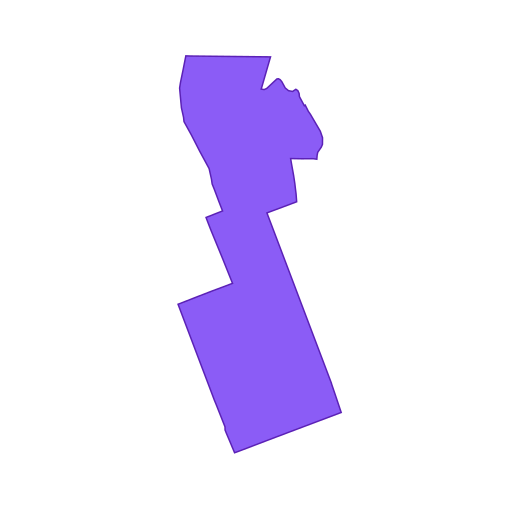 Poroschia, Teleorman, Romania (Albers equal-area conic projection), rotated 289°
{"feature_id": "2599482B54439114477168", "entity_name": "Poroschia", "entity_type": "district", "adm_level": 2, "iso_a3": "ROU", "parent_name": "Romania", "parent_adm1": "Teleorman", "projection": "albers", "projection_center": [25.313, 43.915], "detail": "fine", "context": "isolated", "style": "filled", "palette": "violet", "viewbox_px": 512, "rotation_deg": 289, "n_neighbors": 0, "source": "geoboundaries", "source_scale": "gbopen_adm2", "svg_char_len": 1178}
<svg xmlns="http://www.w3.org/2000/svg" viewBox="0 0 512 512"><g transform="rotate(289 256 256)"><path d="M159.5,369.2L160.3,368.7L300.3,252.3L320.5,276.8L327.7,273.7L332.8,271.2L337.0,269.2L344.3,265.4L353.6,260.2L359.4,257.0L362.8,267.5L365.6,275.5L366.6,278.3L367.3,282.0L371.2,281.0L374.1,280.6L380.2,282.3L383.2,282.5L389.5,280.4L394.9,276.2L407.7,261.3L409.8,258.4L414.7,253.4L413.8,252.8L420.8,245.2L423.8,243.8L426.0,241.7L426.6,239.4L423.5,237.0L422.9,232.9L424.4,228.9L429.2,223.7L430.6,221.4L430.9,219.5L430.2,218.1L417.8,211.5L416.0,209.5L415.5,206.6L436.9,205.5L449.0,204.9L423.8,129.1L422.4,124.5L407.9,126.5L395.5,128.1L389.9,129.1L371.9,137.2L363.6,142.3L359.6,144.2L349.4,155.5L336.6,168.8L323.4,183.2L314.1,188.9L309.8,191.1L305.8,194.6L295.5,203.1L287.7,209.7L276.2,196.2L275.2,197.0L270.9,200.6L265.6,205.1L243.1,224.9L222.5,242.7L208.3,225.5L198.6,214.0L185.0,198.0L134.0,240.4L116.7,254.8L106.1,263.6L102.6,266.7L84.4,282.3L81.4,283.4L79.2,285.3L72.2,291.6L63.0,299.8L65.4,302.8L75.9,315.4L84.6,325.8L92.1,334.8L93.8,336.9L96.7,340.4L98.4,342.4L98.9,343.0L135.8,387.5L151.0,375.8L159.5,369.2Z" fill="#8b5cf6" stroke="#5b21b6" stroke-width="1.5"/></g></svg>